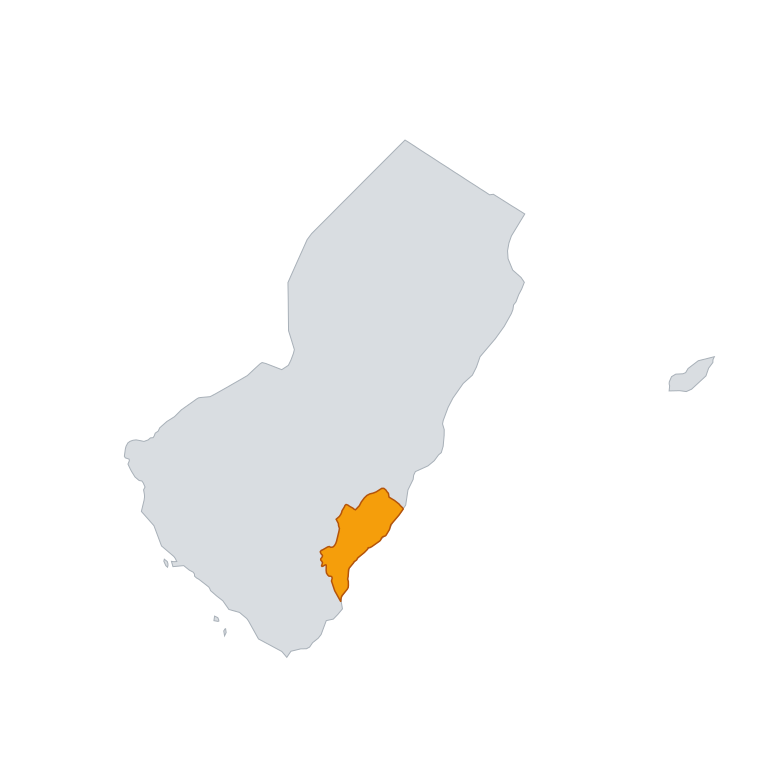 location of Abyan within Yemen, rotated 324°
{"feature_id": "YEM-3511", "entity_name": "Abyan", "entity_type": "Governorate", "adm_level": 1, "iso_a3": "YEM", "parent_name": "Yemen", "parent_adm1": "", "projection": "natural_earth1", "projection_center": [46.013, 13.619], "detail": "fine", "context": "in_parent", "style": "filled", "palette": "amber", "viewbox_px": 768, "rotation_deg": 324, "n_neighbors": 0, "source": "natural_earth", "source_scale": "10m", "svg_char_len": 4401}
<svg xmlns="http://www.w3.org/2000/svg" viewBox="0 0 768 768"><g transform="rotate(324 384 384)"><path d="M597.8,329.2L574.1,339.1L567.9,343.4L562.2,348.9L558.0,355.6L555.1,367.5L557.5,378.4L557.3,384.2L551.2,388.1L545.5,390.9L539.1,395.1L535.3,396.2L532.1,399.5L528.4,401.9L515.2,408.0L500.7,412.8L477.7,418.4L468.8,424.6L460.7,428.8L448.4,430.1L431.5,435.9L422.1,440.6L410.5,448.3L407.9,450.7L405.9,456.3L402.3,461.1L395.3,469.1L390.0,473.2L386.5,473.4L379.6,475.6L371.5,476.1L357.9,473.3L354.4,475.2L351.5,478.3L341.1,483.8L330.4,494.7L322.6,497.6L310.0,501.0L301.1,505.6L295.2,507.4L287.5,508.3L273.4,507.9L260.0,509.5L247.5,512.6L241.7,518.4L235.0,527.6L224.1,531.4L221.6,534.7L218.2,541.5L211.1,543.3L204.8,544.4L198.2,541.5L185.9,549.7L181.3,551.0L174.2,551.3L169.2,553.1L165.6,552.6L161.1,549.4L151.6,545.5L144.7,548.0L144.1,540.3L132.6,516.5L135.1,495.9L135.1,493.0L132.8,483.8L126.0,475.3L126.2,464.7L124.0,457.0L122.2,449.2L122.8,447.1L122.9,445.2L119.4,433.1L118.3,430.7L117.8,428.1L119.0,426.2L119.0,424.0L117.1,420.2L115.2,413.2L105.9,407.7L107.8,402.5L109.6,404.3L112.0,405.8L112.6,402.5L112.6,400.0L108.8,384.3L114.6,363.4L112.8,344.5L121.7,336.9L123.9,334.6L125.2,332.6L127.3,328.3L130.1,326.9L131.1,322.4L131.1,320.1L129.2,318.2L127.9,312.9L128.4,306.2L128.8,303.4L129.8,298.3L132.9,296.4L133.6,294.9L131.3,291.7L131.5,289.8L136.7,284.4L138.8,282.7L142.2,281.1L144.9,281.1L147.9,282.0L150.6,283.5L153.3,286.3L156.1,289.4L160.4,290.6L163.3,290.3L165.7,291.7L167.7,290.9L170.0,289.3L173.6,289.4L176.9,287.6L186.3,286.7L195.3,287.3L204.8,285.8L214.2,285.9L223.6,286.0L225.8,286.2L227.8,287.2L235.8,292.0L241.9,292.9L254.1,294.3L267.1,295.7L278.4,296.9L287.9,295.7L295.9,294.8L298.0,295.0L300.4,297.9L305.2,305.3L309.7,312.3L317.6,312.7L322.7,310.0L328.3,306.3L331.7,303.5L335.6,292.2L338.1,284.8L343.9,276.6L348.8,269.7L355.3,260.6L358.9,255.5L365.9,245.5L372.6,241.6L385.6,234.1L398.4,226.8L406.7,222.0L413.8,219.8L425.6,217.9L439.6,215.7L453.5,213.4L468.3,211.1L484.9,208.4L496.2,206.6L510.7,204.3L522.7,202.4L533.4,200.7L544.4,199.0L546.6,204.5L548.7,210.0L550.8,215.6L552.9,221.1L555.1,226.7L557.2,232.2L559.3,237.8L561.5,243.3L563.6,248.8L565.7,254.4L567.9,259.9L570.0,265.5L572.1,271.0L574.3,276.5L576.4,282.1L578.6,287.6L580.6,293.0L584.0,294.8L586.1,300.0L589.0,307.3L591.9,314.6L594.9,321.9L597.8,329.2ZM631.8,551.4L634.7,552.1L639.1,550.2L651.9,549.9L667.3,556.1L664.4,557.7L662.7,559.9L655.9,562.0L649.2,566.7L629.8,569.0L624.1,567.8L619.3,563.2L610.6,557.2L614.0,553.4L614.7,551.6L616.0,550.0L620.9,547.1L625.8,547.5L631.8,551.4ZM111.7,477.5L111.1,478.7L110.2,478.5L107.3,475.5L110.5,472.2L112.2,475.3L111.7,477.5ZM102.7,403.7L101.2,405.0L100.7,402.8L101.7,398.0L103.3,396.6L104.3,400.2L103.7,402.1L102.7,403.7ZM110.2,492.3L107.0,494.0L109.2,489.6L111.4,488.7L112.0,488.9L110.2,492.3Z" fill="#d9dde1" stroke="#a8b0b8" stroke-width="1"/><path d="M326.5,496.3L319.0,498.9L306.9,501.8L302.8,505.0L296.9,507.5L296.1,507.7L295.2,507.5L293.5,506.9L292.4,506.9L291.4,507.2L289.3,508.3L288.4,508.5L278.6,508.4L276.5,508.1L275.5,507.4L274.9,507.2L274.6,507.5L274.4,507.6L273.1,508.1L269.0,508.8L260.9,509.2L260.1,509.4L258.6,510.2L257.9,510.3L255.9,510.2L255.0,510.3L254.4,510.7L247.9,512.4L246.3,513.3L241.8,518.7L240.5,519.8L239.8,520.6L239.2,522.6L236.9,525.9L235.5,527.5L233.7,528.4L225.5,530.6L223.7,531.8L222.0,533.5L221.3,534.4L221.1,534.9L222.6,522.3L225.7,512.5L228.0,510.6L228.4,509.4L228.3,508.8L227.8,508.1L227.1,507.6L226.4,506.8L226.2,505.2L226.4,503.0L227.7,500.7L230.3,497.3L230.8,496.6L230.5,496.0L229.7,495.7L227.3,495.5L226.6,495.1L226.6,494.4L228.4,493.1L229.3,492.3L229.4,491.5L229.5,490.6L229.3,489.7L229.6,488.8L230.2,488.2L232.0,487.7L232.7,487.3L233.3,486.8L233.5,486.0L233.3,484.9L233.5,483.1L233.9,482.2L235.6,481.7L236.2,482.0L242.7,482.7L244.2,483.3L244.9,484.8L246.6,485.8L247.5,485.8L248.5,485.7L249.8,485.3L251.3,484.6L253.2,483.3L261.3,476.4L263.1,474.6L263.9,472.0L265.1,470.0L265.8,465.3L270.1,464.9L272.3,464.1L274.1,463.1L275.5,461.9L279.6,460.2L281.1,459.3L282.5,459.2L283.6,460.7L284.3,462.8L285.9,466.2L286.2,467.7L287.0,469.0L292.5,468.0L296.3,466.1L301.1,464.6L304.7,464.1L308.0,464.6L311.1,465.9L314.3,466.7L320.8,467.1L322.5,468.3L323.2,470.7L323.1,473.1L323.3,474.9L322.7,476.3L322.1,477.3L321.6,478.6L324.1,484.5L325.6,489.9L325.7,492.1L326.0,493.5L326.4,496.3L326.5,496.3Z" fill="#f59e0b" stroke="#b45309" stroke-width="1.5"/></g></svg>